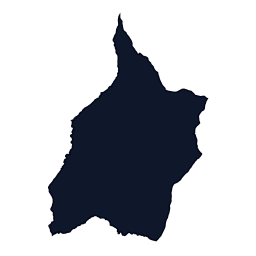 Argelia, Valle del Cauca, Colombia
{"feature_id": "7082276B75993550725955", "entity_name": "Argelia", "entity_type": "district", "adm_level": 2, "iso_a3": "COL", "parent_name": "Colombia", "parent_adm1": "Valle del Cauca", "projection": "robinson", "projection_center": [-76.151, 4.718], "detail": "fine", "context": "isolated", "style": "filled", "palette": "ink", "viewbox_px": 256, "rotation_deg": 0, "n_neighbors": 0, "source": "geoboundaries", "source_scale": "gbopen_adm2", "svg_char_len": 5731}
<svg xmlns="http://www.w3.org/2000/svg" viewBox="0 0 256 256"><path d="M119.6,15.4L119.1,16.3L118.5,19.9L118.9,24.7L118.8,25.3L118.5,26.1L117.8,26.8L117.5,27.8L116.8,29.4L116.3,33.3L114.6,36.2L114.5,37.1L114.2,37.5L113.4,39.3L113.4,40.8L114.3,41.7L115.0,43.2L114.8,44.1L114.4,44.7L114.4,45.1L115.3,46.6L115.6,48.4L116.2,49.8L116.3,50.4L116.2,51.9L116.3,52.8L117.8,54.8L118.2,55.9L118.3,59.1L118.1,61.3L118.2,64.0L118.2,64.8L117.9,65.8L118.3,67.2L118.8,68.2L119.0,68.8L118.6,70.5L118.9,71.7L118.9,72.3L117.9,73.2L117.8,73.6L118.1,75.6L117.4,76.5L117.1,77.3L116.3,77.8L116.2,78.8L116.0,79.3L115.5,79.5L115.1,80.4L114.1,81.4L113.4,83.1L112.9,83.5L111.9,85.2L111.6,86.6L110.4,86.4L109.8,86.7L109.6,87.1L108.8,87.8L108.7,88.4L108.1,89.2L105.5,91.2L104.9,91.5L104.1,92.3L103.4,92.4L102.8,92.8L101.3,92.8L101.1,93.3L101.6,94.4L101.5,95.1L101.2,95.5L100.5,95.2L100.3,95.4L100.1,96.1L99.6,96.4L99.3,98.1L98.0,98.4L97.1,98.8L96.0,99.6L95.3,99.8L94.3,101.2L90.2,105.1L89.4,105.5L87.7,106.8L85.2,108.0L83.0,110.0L82.7,110.4L82.5,111.2L82.1,111.8L80.7,112.4L79.8,113.3L79.2,114.3L79.2,115.2L77.9,115.7L77.6,116.2L76.9,116.7L76.1,116.8L76.1,118.0L75.6,118.2L75.2,118.0L74.8,118.0L74.4,118.2L73.7,120.2L72.3,120.2L71.7,120.7L72.3,121.0L72.6,121.4L72.7,121.8L72.3,122.9L72.5,123.8L71.9,125.2L71.8,126.4L72.0,126.8L73.2,127.2L73.4,127.4L73.5,127.7L73.5,128.8L73.9,130.0L73.6,130.3L73.0,130.1L72.8,130.2L72.6,131.2L72.1,132.0L72.9,133.2L72.6,134.4L72.2,134.7L71.2,135.0L70.7,135.6L70.7,136.0L70.9,136.4L72.2,137.6L72.7,139.0L72.5,140.4L72.2,141.1L71.4,141.8L71.2,142.1L71.4,142.7L72.5,143.5L72.8,143.9L72.9,144.4L72.5,146.2L72.4,148.4L72.2,148.7L70.8,149.9L69.6,152.6L69.6,152.9L70.1,153.7L70.2,154.1L70.1,154.5L69.9,154.6L69.3,154.7L67.2,154.5L66.8,154.6L65.8,155.7L65.8,156.5L66.9,157.6L67.0,158.4L66.8,158.7L65.3,159.4L64.9,159.7L64.0,162.2L64.2,162.4L65.2,162.5L65.3,162.6L65.3,162.9L64.5,164.6L62.5,166.8L62.4,167.0L63.0,167.7L62.9,168.0L62.7,168.2L61.4,168.6L61.5,169.6L61.3,170.1L59.1,173.1L58.6,173.5L55.5,178.2L54.2,179.3L52.8,181.8L50.5,184.4L50.0,185.0L49.8,185.6L48.8,186.9L48.7,187.9L49.5,189.5L49.4,191.6L52.3,196.4L53.3,198.9L53.4,202.6L52.7,204.7L52.4,206.3L51.1,208.6L51.0,209.4L51.7,210.5L53.0,211.6L53.6,212.5L53.4,214.7L54.0,216.4L53.9,218.4L54.2,221.0L54.1,221.4L53.5,221.9L52.0,222.2L51.4,223.6L50.8,224.3L49.1,225.5L49.1,226.3L50.4,228.9L50.8,231.4L51.8,232.7L52.3,233.4L52.5,234.9L52.8,234.6L53.6,234.4L54.1,234.0L54.2,232.9L54.6,232.5L54.9,232.6L55.0,233.2L55.3,233.5L55.7,233.4L56.2,232.6L57.0,232.2L57.7,232.2L58.3,233.1L58.9,233.1L59.3,232.6L59.4,231.5L59.7,231.3L61.3,232.4L63.1,233.2L64.3,232.9L65.1,233.1L66.7,232.4L69.5,231.9L70.0,231.6L71.3,229.9L72.7,228.5L74.0,228.4L74.7,227.9L75.4,227.7L76.2,227.0L76.9,226.1L77.5,225.6L79.3,225.3L80.3,224.9L80.6,224.5L80.8,223.9L81.1,223.6L83.1,223.6L83.5,223.1L84.9,222.9L85.1,222.7L84.9,222.3L85.3,222.0L85.4,221.6L85.7,221.4L86.3,220.7L87.0,220.0L87.9,219.4L88.7,218.3L89.6,218.2L90.1,217.8L90.2,217.5L90.7,217.3L90.8,217.0L91.1,216.9L91.4,216.5L92.5,216.5L93.4,216.2L93.8,215.9L94.0,215.4L94.5,215.3L96.8,215.6L97.5,216.3L99.0,216.9L100.2,217.8L100.8,218.0L102.0,217.7L103.6,217.8L104.8,218.1L105.1,218.3L105.6,219.4L105.9,219.5L106.4,219.0L106.6,219.0L107.1,219.2L107.6,219.8L108.3,220.1L109.2,221.0L109.9,222.1L110.4,223.4L110.4,225.0L113.2,225.9L114.6,226.9L115.8,227.4L116.5,228.1L117.6,228.9L117.7,229.2L117.6,231.3L118.3,231.3L118.6,231.6L118.5,232.2L118.2,232.8L118.2,233.1L118.5,233.5L119.2,233.4L119.8,232.1L120.5,231.8L121.1,231.9L121.7,232.5L122.4,234.4L122.8,235.0L123.4,235.1L123.8,234.7L124.7,235.4L125.8,234.8L126.3,234.1L127.0,233.6L128.0,232.6L128.7,232.3L129.9,232.4L130.9,233.3L131.4,233.7L132.0,233.8L132.6,233.6L133.6,232.6L134.1,232.6L135.0,233.6L135.3,233.6L135.7,233.2L136.3,233.2L136.8,233.8L137.3,234.8L137.6,235.0L138.1,234.8L138.6,234.8L139.0,234.5L139.7,234.4L141.5,235.2L143.3,235.2L143.8,235.5L144.1,236.1L145.7,235.7L146.8,236.3L147.7,236.3L148.6,237.5L150.1,238.8L152.2,239.6L156.1,240.6L157.8,239.0L158.7,237.7L160.6,235.7L163.7,229.4L164.6,227.2L164.9,226.1L165.1,223.6L165.7,221.0L166.3,219.3L167.2,217.8L168.1,214.2L168.6,213.1L168.9,211.5L169.3,209.9L169.5,208.0L169.2,205.5L170.9,201.4L170.9,200.8L170.8,198.9L171.1,196.1L170.8,193.3L170.8,192.8L171.9,186.9L173.0,184.7L173.6,183.8L175.3,182.8L177.1,182.1L180.2,179.7L181.9,177.2L185.1,173.5L187.7,171.5L189.4,168.6L190.8,167.1L192.3,164.5L193.9,162.6L195.0,160.9L195.9,160.2L196.5,159.0L198.7,157.9L198.7,157.6L200.4,155.9L201.5,154.0L201.3,153.5L200.5,153.0L198.5,150.6L197.9,149.4L197.0,148.0L197.1,145.9L196.3,144.2L196.6,141.6L196.7,140.0L195.3,136.1L195.0,134.8L194.8,134.5L193.7,134.0L193.4,133.8L194.3,133.0L194.5,132.6L194.6,129.6L195.0,127.9L196.5,125.9L198.3,124.3L199.5,122.9L198.7,120.7L198.3,116.4L198.5,115.3L199.7,113.3L201.4,111.0L202.0,110.6L203.3,109.9L203.7,109.5L204.1,108.6L204.6,104.9L205.5,102.5L205.6,101.6L207.3,98.6L206.5,98.4L204.4,96.5L203.0,96.4L200.6,96.8L195.2,95.5L194.7,95.3L193.6,93.8L191.1,91.5L188.6,90.9L186.3,90.0L184.1,89.3L182.3,89.4L177.5,91.9L176.2,92.3L175.1,92.4L172.7,92.2L168.5,91.4L166.7,90.9L165.1,90.0L164.9,89.7L164.9,88.6L164.6,88.1L162.2,85.5L159.9,80.8L159.2,79.2L158.4,76.2L157.7,74.5L157.6,72.8L157.0,72.2L155.8,71.5L154.8,70.4L154.1,69.4L152.9,66.5L150.8,64.4L150.5,63.1L148.4,61.1L148.1,60.7L147.6,58.3L147.4,58.0L146.2,57.2L144.7,56.7L143.0,56.3L141.1,54.4L139.8,53.4L139.6,53.5L138.8,54.3L138.0,54.5L137.7,54.3L137.3,53.9L136.1,51.8L134.8,50.4L134.2,49.1L132.1,46.5L131.7,45.5L131.9,44.2L131.7,42.6L131.0,40.8L128.6,36.9L126.3,34.1L126.0,33.1L125.6,32.5L123.9,31.3L122.9,29.7L121.7,23.3L121.7,22.6L121.9,21.7L121.7,21.1L120.8,20.0L119.8,18.4L119.6,17.5L119.6,15.4Z" fill="#0f172a" stroke="#020617" stroke-width="1.5"/></svg>